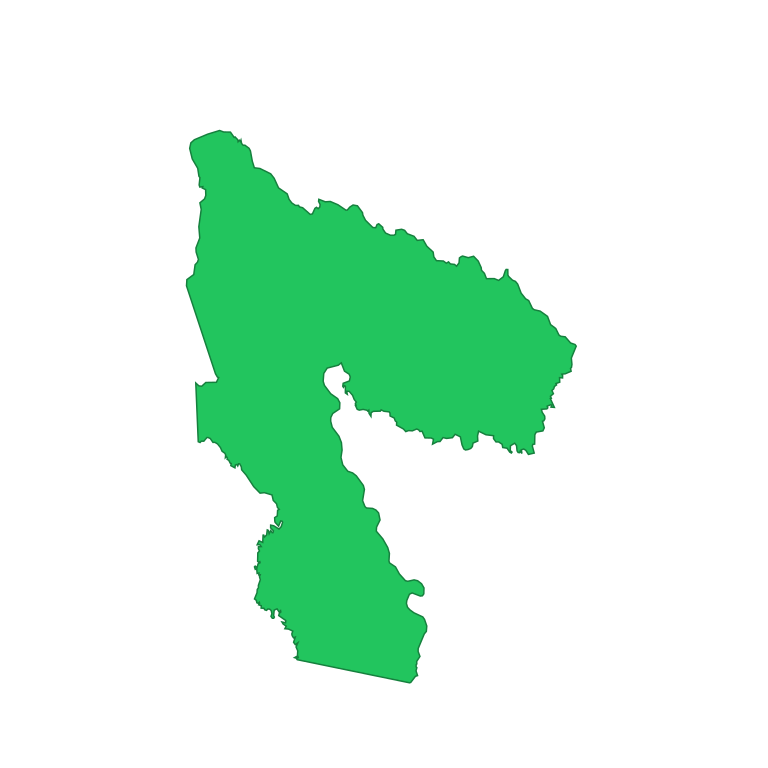 outline of Nechí, Antioquia, Colombia, rotated 342°
{"feature_id": "7082276B35655798439233", "entity_name": "Nechí", "entity_type": "district", "adm_level": 2, "iso_a3": "COL", "parent_name": "Colombia", "parent_adm1": "Antioquia", "projection": "equal_earth", "projection_center": [-74.812, 7.985], "detail": "fine", "context": "isolated", "style": "filled", "palette": "green", "viewbox_px": 768, "rotation_deg": 342, "n_neighbors": 0, "source": "geoboundaries", "source_scale": "gbopen_adm2", "svg_char_len": 6164}
<svg xmlns="http://www.w3.org/2000/svg" viewBox="0 0 768 768"><g transform="rotate(342 384 384)"><path d="M525.0,320.9L521.4,317.8L514.0,315.5L513.7,309.8L511.9,306.0L512.4,303.3L511.6,296.2L508.7,290.2L503.2,289.9L498.3,286.6L496.8,286.7L494.7,287.4L492.8,292.0L489.4,294.4L488.1,292.1L484.2,290.3L483.1,287.8L480.6,288.4L478.5,285.4L472.0,282.9L470.7,278.5L471.5,273.7L467.3,266.2L465.8,258.9L460.0,257.7L458.2,252.8L452.6,248.3L451.1,244.2L448.6,242.3L442.9,241.4L441.2,245.2L439.6,245.6L436.1,244.5L432.1,240.9L430.8,236.3L431.2,234.6L428.5,230.0L426.7,230.2L424.4,232.8L421.7,231.7L417.0,222.6L416.1,217.0L416.5,214.3L413.8,206.3L409.9,204.2L406.1,205.2L402.9,207.2L401.5,206.9L395.6,199.3L389.3,193.8L384.5,192.6L379.1,188.2L378.2,190.1L378.7,193.6L377.6,195.9L375.5,196.9L374.4,195.1L372.6,195.6L368.5,200.1L366.2,199.9L361.1,191.2L358.3,189.4L357.9,187.7L355.0,186.8L352.3,183.4L350.8,179.1L350.7,173.3L344.3,164.9L343.1,154.4L341.2,149.1L332.6,140.7L327.5,138.3L327.6,131.4L329.0,121.0L328.5,118.1L325.5,113.9L323.9,113.5L322.9,111.3L323.3,107.9L322.4,109.0L321.8,107.5L320.1,108.5L320.4,106.5L318.7,103.0L317.7,103.2L315.8,97.0L309.4,94.8L306.0,92.1L293.3,91.9L279.1,93.1L274.8,95.0L272.0,99.9L271.2,110.7L273.5,121.3L272.2,129.2L272.7,130.9L269.7,137.6L269.7,139.8L272.6,140.3L271.7,141.4L274.4,144.0L272.8,149.6L270.5,152.5L264.9,154.8L264.1,161.5L256.5,177.2L253.9,188.2L247.2,196.5L246.1,200.5L246.0,208.2L244.1,210.6L241.2,212.2L236.9,221.1L228.8,223.8L226.5,229.6L226.9,322.2L227.7,325.9L228.7,326.8L225.1,330.6L215.0,327.5L209.9,329.8L207.4,328.6L205.3,324.9L189.5,381.5L191.0,382.8L192.6,381.9L195.0,382.7L199.0,380.2L200.1,380.5L201.9,382.1L203.3,386.7L205.1,387.2L207.2,389.6L208.8,393.9L209.2,397.9L211.2,400.6L211.5,402.4L210.4,405.0L211.7,404.3L212.2,406.0L211.5,407.1L212.8,408.6L213.3,411.8L214.1,412.4L213.1,414.3L216.3,417.7L217.6,415.1L219.2,415.1L219.6,416.7L221.0,414.9L222.1,415.3L222.7,418.6L222.1,421.6L224.8,428.1L228.4,441.4L232.4,449.5L236.7,450.4L243.2,454.9L242.7,460.5L244.8,464.7L244.5,468.4L245.6,470.9L243.8,471.2L241.7,476.5L238.7,477.3L237.8,480.5L237.7,482.0L239.8,486.6L243.5,482.3L244.6,482.9L244.9,484.1L242.2,487.9L239.3,489.5L235.3,484.7L232.6,483.2L231.7,485.8L233.5,489.5L232.5,491.1L231.7,490.9L231.0,488.4L228.5,490.9L228.8,487.5L227.9,486.7L225.7,491.3L223.1,492.6L222.9,490.5L222.3,490.4L219.7,497.2L216.7,494.5L213.7,497.7L216.3,498.5L217.0,500.7L214.3,500.0L213.6,501.9L214.0,504.3L211.8,505.6L209.0,513.6L209.6,514.7L211.0,514.6L210.9,515.7L208.7,516.1L206.5,519.3L205.2,517.4L204.3,517.9L204.3,520.5L205.9,520.2L204.8,525.0L206.6,525.1L205.9,526.9L207.3,527.2L206.0,528.8L205.9,531.9L202.3,536.7L201.6,539.0L200.0,540.2L198.7,543.3L194.4,548.4L195.7,550.2L195.5,552.8L196.5,553.6L198.0,553.0L197.9,554.2L196.6,555.3L198.8,556.9L197.9,559.2L200.5,560.2L200.8,561.9L202.3,563.0L204.0,562.1L205.7,562.8L206.7,564.6L206.4,567.8L204.7,570.1L205.4,572.3L206.7,572.7L207.7,571.8L207.5,570.1L209.7,565.1L212.8,564.8L213.8,568.5L215.6,567.6L215.4,569.0L213.6,569.7L212.3,571.7L217.5,578.6L216.6,580.7L213.4,578.8L213.9,581.1L216.2,584.1L214.1,586.1L217.5,587.6L220.9,590.8L219.1,593.2L218.9,595.0L219.5,597.5L221.4,597.3L218.2,601.7L219.1,604.5L222.1,603.5L219.1,606.9L219.5,611.1L217.9,615.2L218.0,617.7L217.5,617.9L216.8,616.1L214.4,616.6L215.7,617.5L216.3,619.4L316.0,676.1L317.2,676.1L323.6,671.7L325.8,671.7L325.8,666.7L327.6,663.9L327.1,662.9L327.9,660.8L328.7,660.4L329.3,658.0L334.0,654.2L333.8,648.9L334.8,646.1L345.1,634.1L347.8,632.4L349.9,627.4L349.8,620.4L348.9,617.5L341.8,610.9L338.9,606.9L337.4,603.7L337.5,599.7L338.8,596.9L343.2,591.8L346.2,591.4L353.0,596.9L355.1,597.3L357.0,595.9L359.0,590.3L358.0,585.6L355.2,581.5L352.1,579.6L345.7,579.0L343.6,577.7L339.9,569.4L338.4,561.5L334.0,555.9L334.0,553.9L336.8,546.8L337.0,540.7L335.0,530.9L331.2,521.6L332.7,517.8L338.2,512.1L339.0,505.0L337.4,501.4L334.7,498.8L329.0,496.5L328.0,494.7L327.6,488.3L332.8,478.2L333.0,474.1L329.3,462.8L326.7,458.9L322.6,455.8L319.8,448.1L320.4,440.5L323.7,433.9L325.4,426.6L325.0,419.7L321.4,409.2L321.8,402.9L323.0,399.5L326.1,396.2L334.1,393.9L336.2,388.2L335.4,383.6L330.3,376.8L326.9,366.9L327.0,362.6L330.0,355.3L334.9,351.3L346.3,352.0L349.9,350.7L350.4,359.6L353.9,363.9L354.1,366.9L352.0,370.4L345.4,370.7L344.1,373.4L344.4,374.6L345.8,373.3L346.6,374.2L344.5,380.5L345.9,382.4L346.2,379.4L348.6,380.2L350.6,385.0L350.9,389.6L352.1,392.7L350.8,393.5L350.8,395.5L350.2,395.4L350.7,399.8L352.4,401.2L356.3,401.7L359.7,403.7L360.2,404.8L361.4,404.2L360.7,407.3L361.6,410.7L362.9,407.3L365.4,406.7L372.2,408.7L373.3,407.7L375.5,409.9L380.3,412.1L380.7,413.5L379.9,416.3L383.2,419.5L383.3,422.5L384.3,424.2L383.2,427.0L388.6,432.8L390.0,436.0L393.0,435.9L396.5,437.3L401.2,436.9L402.8,438.3L403.5,440.3L405.6,440.6L406.3,447.9L412.3,450.0L414.0,451.8L411.6,456.2L416.9,455.3L419.5,456.0L423.6,453.2L426.7,455.1L432.5,456.2L436.1,453.8L440.3,457.8L439.4,466.0L439.8,470.4L441.1,471.9L443.7,472.3L446.6,472.1L448.7,470.8L450.4,467.7L455.6,467.2L456.9,462.3L459.4,458.1L465.3,463.8L472.2,467.0L471.3,469.8L472.6,473.7L475.1,474.5L477.7,477.8L477.3,481.1L481.2,483.1L482.5,487.6L483.8,489.0L484.7,488.3L483.5,486.3L485.2,481.8L490.0,480.7L491.0,483.5L489.9,488.7L490.4,490.6L491.7,491.2L492.8,489.9L493.7,492.7L494.3,489.0L496.8,489.0L498.4,490.9L499.6,495.6L505.5,496.1L505.9,488.8L506.9,487.4L508.7,487.7L511.8,478.8L514.0,476.8L520.6,477.7L522.9,475.2L523.2,468.4L524.6,468.4L526.2,466.9L526.9,464.2L525.7,459.8L525.9,456.7L531.2,458.0L532.4,457.3L532.3,455.5L536.4,455.2L536.9,455.9L535.7,457.6L538.8,458.9L537.7,449.2L538.7,449.3L538.5,447.1L542.1,445.6L541.7,442.0L543.9,441.1L545.3,439.0L547.8,438.2L547.6,436.7L551.7,436.6L552.9,432.2L555.7,433.4L556.5,431.1L556.1,429.6L559.6,430.3L565.9,429.7L566.2,426.8L567.4,426.2L568.8,423.4L570.2,417.2L578.5,407.4L577.9,405.5L574.1,402.6L570.9,395.1L566.8,393.2L565.5,391.4L564.5,384.3L560.8,379.0L560.4,370.2L555.0,362.9L549.8,359.8L548.5,357.9L547.4,349.4L545.0,346.7L542.5,340.0L542.0,330.3L540.7,327.0L538.3,325.0L535.8,320.3L535.5,318.7L537.1,313.4L535.6,312.8L534.5,313.6L530.6,318.9L525.0,320.9Z" fill="#22c55e" stroke="#15803d" stroke-width="1.5"/></g></svg>